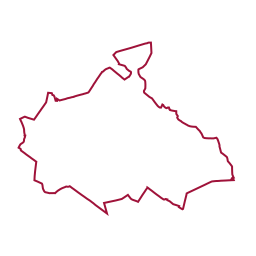 outline of Gepiu, Bihor, Romania, rotated 273°
{"feature_id": "2599482B6975521372784", "entity_name": "Gepiu", "entity_type": "district", "adm_level": 2, "iso_a3": "ROU", "parent_name": "Romania", "parent_adm1": "Bihor", "projection": "albers", "projection_center": [21.796, 46.914], "detail": "fine", "context": "isolated", "style": "outline", "palette": "rose", "viewbox_px": 256, "rotation_deg": 273, "n_neighbors": 0, "source": "geoboundaries", "source_scale": "gbopen_adm2", "svg_char_len": 5319}
<svg xmlns="http://www.w3.org/2000/svg" viewBox="0 0 256 256"><g transform="rotate(273 128 128)"><path d="M122.9,216.8L122.4,215.0L122.1,214.0L122.1,213.8L122.1,213.4L122.0,212.2L122.0,211.0L121.9,209.6L121.9,208.0L121.9,207.0L122.0,204.9L122.6,203.6L124.4,202.7L125.7,202.0L126.3,201.7L127.0,201.1L127.9,200.4L128.6,200.0L129.4,199.1L130.5,197.9L131.0,197.4L131.7,196.7L132.7,195.7L132.7,192.8L132.8,191.2L133.0,189.7L133.3,188.7L133.5,188.1L133.8,187.4L134.3,186.6L134.7,185.6L135.1,184.9L135.5,184.0L136.2,182.6L137.0,181.2L137.5,180.8L138.3,179.2L139.2,177.8L140.9,176.6L142.5,177.1L144.6,175.5L147.3,175.3L147.3,174.6L147.7,171.2L148.1,169.1L148.6,169.0L148.8,168.4L150.6,167.8L150.6,166.8L150.2,166.3L150.2,166.2L149.8,165.2L150.6,163.8L151.7,162.6L152.4,162.2L152.8,162.0L152.9,161.8L153.0,161.4L153.2,161.1L150.1,159.9L150.1,158.7L150.7,157.6L151.6,156.5L153.4,154.9L155.4,153.2L157.9,151.2L159.0,150.2L159.4,149.2L160.2,147.7L161.6,145.8L163.2,143.6L164.2,142.3L164.8,142.1L165.3,142.0L165.9,142.0L166.9,142.5L168.4,143.2L170.2,143.2L172.6,143.1L175.2,142.8L176.2,142.5L176.9,141.9L177.7,140.9L179.3,138.2L179.9,137.5L180.8,137.0L182.5,135.9L184.0,135.5L185.3,135.4L186.7,135.3L187.2,135.5L189.4,139.5L192.5,142.4L195.1,143.6L200.7,146.1L204.1,147.5L211.9,146.7L214.5,146.4L214.3,143.8L213.7,142.8L213.2,140.7L211.1,134.8L208.4,127.4L207.7,125.4L204.7,116.5L203.2,112.3L200.1,109.6L194.2,114.3L191.6,115.9L191.2,115.7L190.1,120.6L189.9,121.4L189.5,121.9L188.8,122.4L188.2,123.0L187.4,123.3L186.8,123.8L186.5,124.3L185.7,125.3L185.4,125.8L184.9,126.4L184.6,127.5L184.3,127.9L183.7,128.1L182.8,128.1L182.0,127.9L179.3,126.4L179.3,126.1L176.2,122.0L176.6,121.4L178.0,119.4L179.1,118.1L180.9,115.7L181.5,114.8L184.4,110.9L185.4,109.6L185.6,109.4L186.3,108.3L187.0,107.2L187.3,106.7L187.3,106.3L186.7,105.2L185.8,103.2L185.2,102.3L184.4,101.4L183.2,100.3L183.0,100.0L182.7,99.4L182.6,99.1L181.7,98.7L180.8,98.0L176.8,95.6L175.9,95.0L175.6,94.8L171.7,92.6L171.1,92.2L170.1,91.6L169.6,91.3L168.5,90.8L166.8,89.8L162.3,87.2L161.7,86.8L161.3,86.4L160.4,84.0L159.7,81.8L159.6,81.7L159.0,79.8L159.0,79.7L157.6,75.4L156.5,72.4L156.3,72.3L156.1,71.6L155.8,70.2L155.2,68.5L154.8,67.0L154.6,66.2L154.3,65.4L154.2,65.2L153.7,64.0L152.7,60.7L152.5,60.1L152.0,58.5L151.9,58.1L152.4,57.4L153.4,55.6L151.4,55.7L151.4,55.4L151.4,55.1L151.4,54.3L155.5,52.9L156.8,52.0L157.0,50.8L158.8,50.1L159.0,46.4L154.9,45.8L149.3,44.9L149.0,44.7L144.8,42.1L144.5,41.9L143.4,41.2L142.5,40.6L140.5,39.4L139.3,38.6L138.1,37.9L137.7,37.6L134.4,35.6L131.4,33.7L132.6,28.8L132.9,27.6L133.9,24.5L133.9,24.3L133.8,24.1L132.9,22.4L131.4,19.7L131.2,19.8L130.4,20.2L129.6,20.6L128.6,21.2L126.1,22.4L124.6,23.1L122.5,23.9L121.5,24.2L120.5,24.4L119.8,24.4L119.2,24.5L118.5,24.6L117.8,24.7L117.1,24.9L116.4,25.1L115.7,25.2L115.2,25.1L115.1,25.8L113.3,25.5L111.4,24.8L109.7,24.8L109.0,24.6L108.5,24.4L107.9,23.8L107.2,22.9L106.6,22.0L106.1,21.5L105.9,21.3L105.5,21.1L104.3,20.5L104.0,20.4L103.4,20.1L103.1,20.0L102.8,19.9L102.6,19.8L101.6,21.7L101.4,21.9L100.9,22.1L100.2,22.1L99.9,22.3L98.7,24.2L98.4,24.6L98.0,25.2L97.6,25.9L97.5,26.1L97.2,26.4L96.1,28.0L94.7,30.2L94.2,31.0L93.5,32.1L92.9,32.9L92.5,33.5L92.4,33.7L91.9,34.5L91.7,34.8L90.5,36.7L90.2,37.1L89.5,38.2L88.7,38.1L79.9,37.5L75.2,37.3L70.9,37.3L69.8,40.4L68.0,44.9L67.7,45.1L67.0,45.4L66.3,45.6L64.6,45.9L64.2,46.0L63.6,46.1L62.9,46.3L62.1,46.7L61.4,47.1L60.8,47.4L60.4,47.7L60.1,48.0L59.8,48.3L59.6,48.6L59.5,49.0L59.3,50.3L58.8,53.0L59.1,57.1L59.1,58.1L59.1,58.6L59.3,58.7L59.3,58.8L60.6,60.0L62.0,61.6L62.6,62.5L63.4,63.6L64.4,65.3L65.1,66.8L65.7,68.2L66.2,69.1L66.3,69.3L66.3,69.6L66.2,70.0L66.2,70.3L66.2,70.8L66.2,71.3L66.3,71.7L66.5,72.4L66.6,72.6L66.8,72.9L64.7,76.0L64.4,76.6L63.2,78.3L63.1,78.6L62.3,79.7L62.2,79.9L61.8,80.5L61.7,80.6L60.1,83.1L58.5,85.6L57.2,87.7L55.2,90.8L54.0,92.9L53.4,93.9L53.2,94.2L51.8,96.2L51.1,97.3L49.4,99.5L41.5,111.5L51.9,108.0L55.0,119.6L56.8,125.5L58.1,127.3L61.2,131.4L60.7,131.8L58.6,133.6L57.6,134.5L57.1,135.2L56.6,136.3L56.1,138.0L55.3,140.7L54.8,141.9L56.4,142.8L58.3,143.9L62.0,146.0L65.6,148.2L66.5,148.7L67.2,149.1L68.7,150.1L69.4,150.5L69.6,150.5L69.2,151.2L68.1,152.7L66.4,155.3L64.9,157.4L63.0,160.2L61.6,162.4L59.9,164.9L58.5,167.3L58.6,167.8L58.5,168.1L58.7,168.8L59.1,169.3L59.1,169.5L58.7,170.7L58.7,170.8L58.3,170.7L58.0,171.0L57.6,172.1L57.0,173.5L54.3,177.1L53.4,180.7L53.0,182.1L52.7,183.2L51.7,182.9L50.4,185.2L49.7,186.6L50.1,187.2L57.9,188.6L64.1,189.8L65.7,190.0L66.1,190.6L75.1,207.3L76.2,209.3L76.5,209.8L76.7,210.2L77.9,212.4L78.9,214.3L79.0,214.6L79.1,215.1L79.2,215.7L79.6,218.2L79.9,221.5L80.2,223.4L80.6,227.5L81.0,231.2L81.5,236.3L81.7,236.2L82.0,236.1L82.1,235.5L82.2,234.9L82.6,234.5L82.7,234.2L83.2,234.5L83.5,234.6L83.8,234.9L84.0,236.1L84.5,235.8L86.4,234.9L87.1,234.6L90.0,234.3L91.2,234.2L92.6,234.1L93.7,234.0L94.6,234.0L94.9,233.9L95.2,233.8L95.6,233.5L96.8,232.5L97.7,231.7L98.4,231.1L98.8,230.7L99.6,229.9L100.0,229.5L100.5,229.3L101.0,229.2L102.0,229.0L102.8,228.8L103.6,228.5L104.1,228.3L104.9,227.3L107.3,223.9L107.8,223.1L108.1,222.5L108.5,222.2L109.4,221.9L110.0,221.7L112.0,221.1L113.5,220.6L114.1,220.4L114.5,220.3L115.0,220.3L115.5,220.3L115.9,220.2L116.5,220.0L117.4,219.7L118.6,219.2L119.7,218.8L121.2,218.1L121.4,218.1L122.6,217.1L122.9,216.8Z" fill="none" stroke="#9f1239" stroke-width="2"/></g></svg>